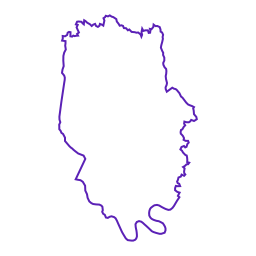 outline of São Miguel do Iguaçu, Paraná, Brazil
{"feature_id": "56859067B79605387637563", "entity_name": "São Miguel do Iguaçu", "entity_type": "district", "adm_level": 2, "iso_a3": "BRA", "parent_name": "Brazil", "parent_adm1": "Paraná", "projection": "natural_earth1", "projection_center": [-54.239, -25.398], "detail": "fine", "context": "isolated", "style": "outline", "palette": "violet", "viewbox_px": 256, "rotation_deg": 0, "n_neighbors": 0, "source": "geoboundaries", "source_scale": "gbopen_adm2", "svg_char_len": 3610}
<svg xmlns="http://www.w3.org/2000/svg" viewBox="0 0 256 256"><path d="M59.4,116.7L59.5,119.6L60.3,122.2L59.2,124.7L59.3,126.5L59.3,129.2L60.6,130.8L61.4,132.8L63.1,134.0L65.0,137.7L65.0,141.0L66.6,142.9L69.4,146.2L71.0,147.7L72.2,148.5L73.5,149.8L75.1,151.1L78.2,153.5L83.6,155.6L85.3,158.9L75.7,179.3L77.5,179.7L80.5,180.2L82.8,181.8L85.1,185.7L85.3,190.6L87.0,194.2L87.6,197.8L89.3,201.4L91.3,203.1L93.1,204.0L96.0,204.4L99.4,204.6L101.4,205.6L102.4,206.8L102.8,210.2L102.2,211.8L103.2,213.8L104.8,214.8L105.9,217.5L107.8,217.9L109.6,216.8L111.5,216.3L114.1,217.1L115.6,218.3L116.9,220.7L118.3,223.9L121.9,231.8L122.9,233.6L124.7,236.6L125.8,238.4L127.7,240.1L129.2,240.3L131.5,240.6L133.2,240.6L135.1,239.8L136.2,238.6L136.9,236.6L136.9,234.9L136.7,232.5L136.4,230.4L136.0,228.6L135.7,227.0L135.5,224.2L136.8,222.0L139.0,221.1L141.3,221.7L142.9,222.9L144.5,224.4L146.0,225.7L148.6,228.1L151.7,231.1L153.4,232.0L156.1,232.9L159.5,233.8L161.3,233.8L164.6,232.7L165.5,230.4L165.5,228.4L165.0,226.8L164.2,225.3L162.9,223.3L160.7,222.1L158.8,221.2L156.4,220.8L154.9,220.3L153.5,219.8L151.6,218.8L150.4,217.6L149.3,215.6L149.1,213.0L149.4,210.9L150.0,209.1L150.9,207.8L153.0,206.2L154.4,205.3L157.0,204.9L159.2,205.5L161.7,207.0L164.4,208.4L165.7,209.0L168.4,209.9L170.4,209.6L172.5,207.9L174.0,205.9L175.4,203.5L177.0,200.8L179.4,197.2L177.9,195.9L178.7,194.3L179.6,192.6L177.3,191.9L175.1,190.2L175.1,188.1L175.9,185.9L177.6,186.2L180.1,186.1L179.2,183.8L177.7,183.1L177.1,181.6L177.9,179.9L178.5,177.5L180.8,176.6L181.6,174.6L184.1,175.8L185.3,174.5L184.2,173.1L184.1,171.3L184.6,168.4L183.1,167.0L184.7,166.1L186.6,164.3L188.1,164.2L189.2,162.7L187.2,162.1L187.3,159.9L187.1,157.5L186.7,155.5L185.4,155.0L183.0,152.5L182.0,150.7L180.4,149.4L181.5,147.0L184.0,146.0L185.2,147.4L186.5,146.8L187.4,144.0L188.7,142.6L188.1,140.9L185.7,140.9L183.6,139.8L184.0,138.1L183.0,136.1L182.0,134.9L180.8,133.7L180.6,132.1L181.0,130.0L182.3,129.4L183.8,126.8L185.2,125.3L184.1,123.7L184.4,121.6L186.3,122.2L188.8,122.3L190.2,121.4L191.2,119.9L194.0,121.0L195.6,120.0L196.8,119.2L196.3,116.9L194.0,114.2L193.7,110.6L193.2,108.4L194.0,107.1L192.1,106.1L189.7,105.2L188.1,104.5L186.2,102.6L182.5,97.7L181.0,96.5L179.4,93.1L178.1,91.6L177.0,90.2L175.7,89.1L174.0,88.7L172.3,87.7L166.8,91.7L165.7,89.0L165.6,87.3L166.6,85.0L167.0,83.0L166.0,79.0L165.7,76.1L166.2,73.8L166.4,71.0L166.1,68.9L164.6,67.3L163.4,64.8L163.2,63.0L164.3,60.5L164.3,57.6L163.1,55.0L163.2,52.8L162.2,50.9L160.9,47.7L161.2,45.7L161.6,44.1L162.2,42.0L162.9,38.8L162.6,37.0L163.1,34.8L162.1,32.5L160.6,31.6L160.5,29.5L159.7,27.1L157.3,26.0L155.5,26.1L153.6,24.6L153.3,27.0L151.5,29.2L150.0,28.9L150.4,30.4L150.1,32.7L148.7,32.9L147.9,30.3L145.5,30.3L143.4,30.9L142.2,28.7L141.5,32.4L142.1,34.8L141.4,36.6L140.6,34.5L138.2,32.5L136.4,32.7L134.8,32.2L131.6,31.9L129.3,29.5L127.9,30.3L126.0,28.2L123.9,28.1L123.0,25.9L121.4,25.3L119.7,25.7L118.6,23.8L116.8,21.5L116.3,19.1L113.3,17.1L111.6,16.6L109.8,15.4L108.0,16.4L105.8,15.8L105.0,17.2L103.5,18.2L104.4,20.5L103.3,25.6L101.6,24.5L99.9,23.9L99.5,25.7L97.9,26.9L96.0,25.9L95.1,23.9L93.3,24.6L91.7,26.0L90.0,24.3L87.2,22.7L85.5,21.1L84.2,20.3L83.8,24.3L82.6,23.3L81.5,21.8L78.5,21.5L77.1,21.7L75.9,24.4L77.7,24.9L76.6,27.4L78.9,32.5L77.1,33.9L78.0,35.6L76.5,35.7L74.6,36.1L73.3,35.6L72.1,36.6L70.4,36.3L70.5,32.2L69.0,31.9L67.7,32.7L67.1,35.0L65.0,36.3L62.7,36.0L62.8,38.4L62.1,40.6L65.5,41.1L65.5,43.5L65.2,45.6L65.8,49.5L64.2,52.6L63.4,55.9L63.3,60.6L63.7,66.1L62.5,69.6L62.0,72.9L63.1,74.2L64.2,75.6L64.8,77.6L64.7,79.9L64.2,82.9L61.3,102.3L59.4,116.7Z" fill="none" stroke="#5b21b6" stroke-width="2"/></svg>